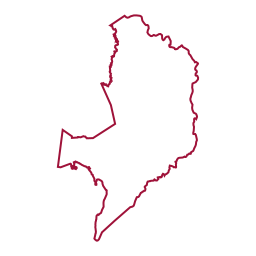 the district of Santa Cruz de Yojoa, Cortés, Honduras
{"feature_id": "27666195B60496786118463", "entity_name": "Santa Cruz de Yojoa", "entity_type": "district", "adm_level": 2, "iso_a3": "HND", "parent_name": "Honduras", "parent_adm1": "Cortés", "projection": "equal_earth", "projection_center": [-87.884, 14.996], "detail": "fine", "context": "isolated", "style": "outline", "palette": "rose", "viewbox_px": 256, "rotation_deg": 0, "n_neighbors": 0, "source": "geoboundaries", "source_scale": "gbopen_adm2", "svg_char_len": 5710}
<svg xmlns="http://www.w3.org/2000/svg" viewBox="0 0 256 256"><path d="M94.4,238.6L94.9,239.3L96.5,240.6L97.4,240.6L98.0,240.3L99.0,239.2L102.0,232.3L114.5,220.9L130.2,207.2L132.5,206.6L133.7,205.7L134.2,204.4L135.1,201.2L136.8,197.2L138.2,197.0L139.0,196.4L140.8,192.9L141.6,192.6L142.6,191.6L143.3,191.5L144.0,190.8L144.8,190.8L145.1,190.5L145.4,189.5L145.4,188.5L144.7,187.1L144.7,186.8L145.3,186.1L146.8,185.0L147.2,182.7L147.7,181.6L148.7,181.5L149.4,181.1L150.4,181.1L150.9,180.8L153.7,180.6L154.0,180.4L154.2,179.6L154.5,179.4L155.6,180.4L156.9,180.5L158.5,178.8L158.4,178.2L157.7,177.7L157.7,177.4L160.3,176.9L160.7,177.4L161.4,177.2L161.8,176.7L162.3,174.8L163.0,173.8L163.5,174.0L164.1,174.6L164.5,175.6L165.2,174.5L166.6,173.9L168.4,172.3L168.8,170.4L169.7,168.9L169.4,167.5L169.8,165.6L171.7,166.0L173.3,166.7L173.9,167.3L174.9,167.1L175.7,167.5L176.0,167.4L176.1,166.9L175.9,164.4L176.2,163.1L175.6,162.3L175.5,161.7L176.4,161.4L177.2,159.4L178.3,158.1L179.3,157.8L182.8,157.5L184.6,156.6L185.1,157.0L185.7,157.0L186.4,156.5L187.3,154.7L188.1,154.6L189.3,153.5L190.1,153.9L190.8,153.7L191.1,152.2L193.2,150.9L193.5,150.3L194.2,148.4L195.5,145.8L195.9,144.5L196.2,141.9L196.9,140.3L196.8,139.1L195.9,135.1L195.2,134.0L194.1,134.1L193.4,134.0L193.2,133.1L193.7,130.9L194.0,126.8L193.5,125.2L193.4,123.6L193.5,122.9L194.2,121.7L194.1,119.3L194.3,118.6L194.8,118.3L195.5,118.4L196.2,119.1L196.9,117.3L197.0,116.3L196.3,114.3L195.8,113.7L193.7,112.7L192.4,109.8L192.1,107.8L192.5,104.6L191.6,103.1L190.7,101.0L190.4,99.9L190.4,98.5L190.8,97.3L191.3,95.2L192.3,92.9L192.7,91.5L192.7,90.1L192.2,87.6L192.4,84.3L192.6,83.5L195.7,82.1L197.6,79.9L198.0,79.2L198.1,77.7L197.4,76.0L197.1,75.7L195.9,75.6L195.5,75.1L195.7,73.5L196.7,72.5L196.9,71.8L196.5,70.6L195.4,69.8L195.1,69.0L195.4,67.6L196.0,66.5L197.8,64.1L198.0,63.6L197.9,63.3L196.1,62.0L194.9,62.3L194.2,60.8L192.6,59.2L190.3,55.1L189.5,54.5L189.0,53.7L188.7,53.0L188.7,51.1L188.0,50.0L185.8,48.6L182.9,47.0L182.1,45.5L181.6,45.4L180.1,46.8L179.0,47.2L177.5,48.8L175.8,49.3L174.9,49.1L174.7,48.4L174.0,47.8L171.4,47.1L170.2,47.1L169.7,46.9L169.3,46.2L169.2,45.1L169.4,44.8L170.2,44.9L170.5,44.7L170.7,42.0L170.7,41.0L168.5,36.5L166.9,36.7L166.1,37.0L165.1,38.1L164.3,39.6L163.3,40.2L162.7,39.7L162.2,38.6L162.0,35.2L160.5,34.0L159.0,34.1L157.9,34.8L156.1,35.7L155.3,35.7L154.3,35.1L153.6,35.0L152.4,35.9L151.3,36.1L150.7,36.0L148.9,34.6L148.3,34.0L147.4,32.4L147.9,30.1L148.7,28.4L148.5,26.6L148.2,25.6L147.5,25.0L146.0,25.1L144.9,24.2L142.8,21.4L142.3,20.4L141.7,17.1L141.1,16.4L139.9,15.8L136.6,15.4L133.9,15.4L131.0,16.2L130.1,16.6L128.8,17.4L127.4,17.7L126.3,17.3L124.6,15.8L110.3,25.4L111.2,25.8L112.0,25.2L112.1,25.5L111.8,26.3L112.3,26.4L112.6,28.0L113.0,28.4L113.3,29.3L113.6,29.5L114.0,29.3L114.5,29.6L115.3,29.1L115.4,29.3L115.3,29.7L115.8,30.0L115.8,30.3L116.2,31.2L116.1,31.9L115.5,32.7L115.3,33.5L114.6,33.9L115.0,34.4L115.0,34.6L113.8,34.7L114.1,35.3L113.9,36.0L114.5,36.4L115.3,35.7L115.5,35.8L115.5,36.6L115.0,36.8L114.8,37.5L115.5,37.7L115.2,38.1L115.3,38.6L116.0,38.3L116.2,38.5L116.0,40.2L116.7,39.3L117.0,39.3L117.1,40.1L116.6,40.3L116.6,41.9L116.8,42.2L117.1,42.2L117.3,41.2L117.8,41.1L118.1,41.4L118.1,41.7L117.5,42.0L117.4,42.3L117.9,43.7L118.0,44.5L117.1,45.0L115.7,45.3L115.3,45.7L115.2,46.1L115.1,47.5L115.6,48.0L116.1,49.0L116.9,49.6L116.8,51.0L116.2,51.3L114.4,51.3L114.3,51.6L115.1,52.1L115.2,52.5L114.3,53.8L114.0,56.3L113.5,56.7L112.4,56.8L112.4,56.6L113.0,56.3L112.9,56.1L112.6,56.0L111.6,56.7L112.1,57.5L111.6,59.3L112.0,60.3L112.2,61.5L111.9,62.6L111.3,63.0L111.7,63.4L111.6,64.3L111.3,64.6L110.7,64.5L110.5,64.8L110.5,65.1L111.2,65.7L110.8,66.1L110.7,67.2L110.5,67.3L110.2,66.7L109.8,66.7L110.2,70.7L110.2,71.1L109.8,71.3L109.7,71.6L109.9,72.4L110.9,73.6L110.6,74.2L110.9,75.2L110.2,75.8L110.1,76.2L110.2,76.3L110.7,76.1L110.8,76.4L110.9,76.9L110.3,77.1L110.3,77.4L111.5,78.0L111.4,78.2L110.9,78.8L111.4,80.3L110.8,80.1L110.7,80.1L110.8,81.2L110.5,81.0L110.4,81.5L109.9,82.0L109.8,83.7L109.4,84.2L108.7,84.4L108.3,86.0L107.8,85.6L107.3,86.0L106.9,85.4L105.9,85.1L105.9,84.5L105.1,84.7L105.0,84.2L104.6,84.1L104.2,84.7L103.8,84.7L103.7,84.4L103.6,83.4L103.5,83.2L103.0,83.5L102.1,83.2L101.3,83.6L110.9,105.1L115.1,123.9L93.0,138.1L87.0,138.3L86.9,138.0L85.9,137.5L85.4,136.6L84.1,136.5L83.4,136.2L80.7,137.3L78.2,137.0L77.9,137.0L77.7,137.5L71.9,137.9L71.9,136.3L62.7,129.9L57.9,166.9L60.6,167.3L70.3,163.7L70.9,164.0L71.2,165.1L71.2,166.4L71.6,166.5L71.9,166.2L72.5,166.6L72.7,166.0L73.3,165.8L73.6,165.5L74.0,165.5L74.2,165.2L74.3,163.9L74.7,162.7L73.9,162.7L73.8,162.3L75.6,161.5L76.8,162.3L77.2,162.2L77.5,162.5L79.2,163.1L79.5,163.6L80.2,163.7L81.7,164.8L83.8,165.8L84.4,166.2L85.8,166.4L86.7,167.4L87.5,167.4L88.3,167.8L88.5,167.1L89.1,167.1L89.4,167.9L90.0,168.5L89.7,168.9L88.5,168.2L88.3,168.4L88.4,168.8L89.2,170.1L90.8,172.0L91.4,173.0L91.7,174.4L92.7,174.8L92.9,175.9L94.4,178.8L94.3,180.2L94.6,181.2L95.4,181.7L96.0,181.6L96.5,181.1L96.9,179.7L97.2,179.5L98.2,179.4L99.0,179.5L101.6,181.0L102.4,182.3L102.5,183.8L103.2,185.9L105.9,190.0L106.2,190.2L106.4,190.1L106.7,190.4L106.6,191.9L106.7,193.4L106.6,194.5L104.7,198.9L104.1,199.9L103.7,201.2L103.5,203.0L103.6,206.8L102.0,210.0L101.1,212.8L100.4,213.4L99.4,213.9L98.6,214.9L97.9,214.5L97.6,214.6L96.5,216.0L96.3,219.4L96.0,220.0L96.0,220.7L95.6,221.9L95.4,224.5L95.5,225.8L95.3,227.1L95.5,228.2L95.9,231.7L95.7,233.4L95.4,233.9L95.3,234.8L94.4,238.6ZM75.9,169.1L76.7,168.1L76.6,167.4L76.3,167.1L74.4,166.7L72.3,167.3L71.8,167.5L71.7,167.9L71.8,168.5L72.5,168.8L72.9,168.5L74.5,168.5L75.9,169.1ZM96.2,184.9L96.4,184.8L96.4,183.8L96.0,182.6L95.6,182.5L95.3,182.9L95.3,184.6L95.5,184.8L96.2,184.9Z" fill="none" stroke="#9f1239" stroke-width="2"/></svg>